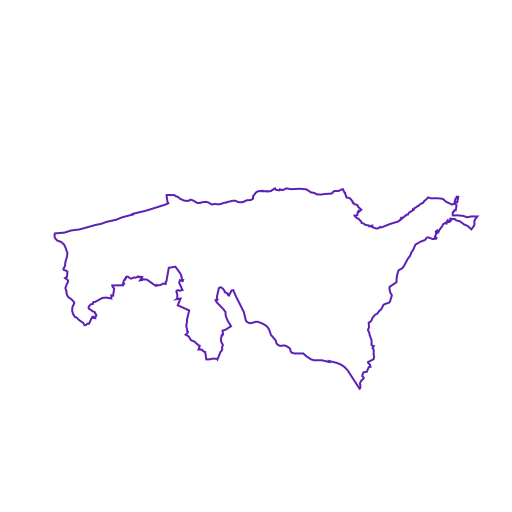 Comanesti, Bacau, Romania, rotated 198°
{"feature_id": "2599482B34680832118241", "entity_name": "Comanesti", "entity_type": "district", "adm_level": 2, "iso_a3": "ROU", "parent_name": "Romania", "parent_adm1": "Bacau", "projection": "orthographic", "projection_center": [26.421, 46.409], "detail": "fine", "context": "isolated", "style": "outline", "palette": "violet", "viewbox_px": 512, "rotation_deg": 198, "n_neighbors": 0, "source": "geoboundaries", "source_scale": "gbopen_adm2", "svg_char_len": 6105}
<svg xmlns="http://www.w3.org/2000/svg" viewBox="0 0 512 512"><g transform="rotate(198 256 256)"><path d="M450.0,209.3L445.8,209.2L442.1,207.6L439.3,204.6L436.2,200.3L435.6,197.4L435.4,191.3L434.6,187.5L435.2,184.1L434.4,183.3L432.2,183.4L430.5,182.8L429.3,177.8L430.8,176.0L427.7,175.0L426.9,174.2L426.9,172.0L427.3,170.8L427.4,166.9L426.8,165.6L425.3,164.0L425.1,162.6L423.5,160.4L421.7,158.8L418.2,157.8L415.1,156.1L414.3,155.1L414.8,150.7L414.0,147.2L412.0,144.2L409.2,142.0L407.6,142.0L404.2,140.3L399.7,139.0L397.7,137.2L396.6,137.6L395.2,139.7L393.9,139.9L393.0,147.3L392.1,147.9L391.7,146.8L389.6,147.2L390.0,149.0L389.4,149.9L389.9,151.0L391.3,151.7L392.0,152.8L394.1,152.9L398.6,154.3L399.3,155.1L399.3,156.5L398.1,159.1L396.4,159.9L396.5,161.8L394.8,162.6L389.1,168.7L385.4,170.2L380.4,170.9L381.5,173.9L379.6,174.1L380.9,181.3L382.6,182.2L383.6,183.6L373.5,187.0L374.0,188.3L372.9,188.9L374.1,190.1L374.0,192.2L373.5,193.9L373.2,194.3L373.0,194.0L372.8,194.7L373.1,196.1L371.6,196.8L368.4,195.8L367.3,196.2L365.3,198.0L364.3,198.0L363.2,198.6L362.0,200.0L361.4,200.2L360.7,199.7L359.8,200.4L357.8,200.8L358.7,197.0L356.6,198.1L356.6,198.9L352.3,199.8L342.2,196.6L341.6,196.9L341.6,197.8L340.5,197.7L338.3,198.6L335.7,201.0L334.5,201.6L333.6,201.3L333.1,201.7L333.8,203.7L333.4,204.3L335.3,217.8L329.3,220.9L322.6,216.0L321.5,214.9L318.8,210.5L317.9,210.6L318.0,209.4L320.9,209.5L320.8,206.8L315.4,200.9L318.1,199.3L319.2,199.5L320.7,198.6L320.8,197.7L318.9,194.9L318.3,193.2L317.8,191.0L318.2,190.4L314.6,192.2L315.2,184.9L302.7,183.6L302.0,174.6L301.3,172.1L300.8,168.3L300.3,167.1L298.8,165.0L298.3,163.4L297.3,163.0L297.3,161.8L298.6,159.4L295.3,158.8L291.9,155.9L287.8,155.5L283.4,153.4L281.8,153.2L281.8,151.1L281.5,151.0L281.8,149.3L278.4,150.2L276.5,149.0L274.7,149.0L271.3,142.3L268.6,143.2L265.5,145.0L261.3,146.2L260.7,145.7L260.1,154.0L259.6,154.7L259.2,156.9L260.2,158.6L259.9,160.7L260.2,161.4L262.5,163.5L263.7,165.9L264.1,170.2L263.4,170.2L263.2,171.5L264.8,174.6L262.2,176.5L258.0,181.5L262.9,185.6L266.3,189.7L267.7,193.2L270.3,195.2L279.2,199.9L280.9,201.6L279.7,202.6L279.3,202.2L279.0,202.6L280.1,203.8L280.6,205.5L281.4,213.8L280.4,215.2L279.2,215.3L277.4,214.7L275.1,213.0L274.6,212.0L271.3,211.6L270.7,210.3L269.5,210.0L268.6,215.6L267.1,216.5L262.2,211.0L250.2,198.9L245.9,191.7L245.1,191.0L242.8,190.2L241.3,190.2L239.8,190.7L235.6,193.5L233.6,194.0L228.8,193.7L225.6,193.0L223.3,192.1L220.7,190.0L217.5,185.7L211.3,181.9L209.3,179.0L207.9,178.3L205.5,177.9L201.6,179.6L199.9,179.8L196.2,179.0L195.0,178.3L193.4,175.9L192.2,175.1L189.3,175.2L180.9,177.9L176.9,176.1L171.6,174.7L168.6,174.8L161.2,177.2L153.5,177.8L154.2,178.7L146.0,179.3L141.9,179.0L137.6,177.8L133.7,175.7L116.5,161.8L116.1,162.3L116.1,162.9L116.8,165.5L117.7,166.4L117.8,167.4L117.2,170.5L116.2,171.7L115.8,172.9L116.0,173.7L117.8,174.5L118.0,175.1L117.8,178.6L114.9,180.1L114.4,185.2L112.9,186.0L113.9,187.7L116.3,189.0L116.7,189.7L112.4,194.1L112.3,195.4L112.7,197.1L113.6,198.4L115.1,203.3L116.7,204.4L116.1,206.7L118.3,206.8L118.9,207.4L119.1,209.0L120.5,212.2L123.6,216.1L124.6,218.0L126.8,220.4L126.4,222.8L128.2,227.5L126.8,228.9L126.1,231.3L126.1,233.1L125.2,235.5L124.6,236.9L122.9,238.6L121.8,241.8L120.4,244.1L119.7,248.8L119.0,249.8L114.9,252.9L114.5,254.0L114.6,260.2L115.1,261.2L116.7,262.3L118.7,265.6L119.4,267.5L119.3,268.1L114.3,274.4L115.1,277.1L115.8,280.6L116.1,285.7L115.4,287.2L113.4,289.1L112.2,292.1L110.8,300.1L109.5,303.8L109.3,307.6L108.4,310.4L107.9,316.1L103.7,320.7L100.5,323.2L99.9,324.0L99.6,325.6L99.0,326.5L97.5,327.0L93.3,326.7L90.0,328.1L90.0,329.1L91.8,329.3L91.5,332.6L92.6,334.9L91.6,336.1L90.7,333.9L90.1,334.4L89.7,335.8L89.9,336.7L88.1,341.9L88.0,343.8L86.3,346.0L84.9,345.7L85.1,348.2L84.7,349.2L83.6,347.8L82.9,348.8L82.3,348.4L81.7,349.8L82.6,350.1L82.6,351.7L80.2,351.9L78.6,352.7L76.9,351.8L72.8,352.0L67.5,350.2L64.1,350.0L59.4,347.9L58.0,352.3L58.1,353.8L59.2,356.6L58.7,359.4L57.7,362.0L63.2,360.3L67.1,358.1L71.3,358.2L76.7,357.0L81.4,355.4L82.0,356.9L82.3,358.6L81.5,359.3L81.5,360.7L80.2,361.2L80.9,366.1L82.7,367.2L82.7,369.1L81.2,369.2L81.9,374.8L83.4,374.4L83.1,373.3L84.0,372.2L83.6,366.9L85.5,365.5L91.9,366.3L96.1,368.1L100.9,367.1L107.2,365.0L110.5,364.9L111.2,363.1L113.2,359.8L113.4,358.4L115.7,356.2L117.1,353.7L117.9,353.3L118.5,352.1L120.3,350.2L120.3,348.8L121.2,348.8L121.0,347.9L123.9,344.4L124.3,342.4L125.9,341.5L126.1,340.7L126.9,339.9L127.4,338.5L128.6,337.7L128.7,336.7L129.7,337.1L129.9,336.1L129.8,334.8L131.0,333.7L131.2,332.9L138.4,327.9L145.1,322.3L146.2,321.7L147.0,322.0L148.2,320.2L150.2,319.2L154.9,319.5L154.6,320.4L154.8,320.9L157.6,319.2L158.2,319.9L161.6,319.4L164.2,320.2L165.8,320.1L166.8,321.3L170.2,323.2L171.5,323.1L174.7,324.7L174.8,325.0L174.0,325.1L172.3,326.2L172.8,329.1L172.4,330.5L171.8,329.8L170.1,332.6L174.1,334.3L175.2,335.7L179.3,335.9L179.8,336.7L180.5,336.6L180.8,337.5L184.0,339.7L186.0,340.0L187.5,339.5L188.2,339.9L189.0,340.7L189.1,341.4L190.8,343.0L190.8,343.7L192.1,344.2L193.8,346.4L194.7,346.1L197.4,343.5L201.2,342.1L202.4,341.1L203.1,338.9L211.4,335.5L212.5,334.7L217.3,333.4L219.9,334.0L223.5,333.5L228.5,334.9L230.0,334.7L235.7,333.3L243.4,330.3L247.8,329.8L251.0,326.9L253.9,326.8L253.8,325.8L254.7,325.5L257.3,325.1L258.8,326.2L259.6,325.6L260.0,324.4L260.8,324.0L261.8,322.4L264.1,321.3L265.6,321.1L265.7,320.6L267.5,320.5L268.6,319.9L269.8,320.2L270.2,320.0L270.1,319.5L273.0,318.8L274.8,317.5L275.6,316.5L277.3,311.7L276.5,309.7L278.2,307.6L282.1,306.1L284.9,303.4L287.7,302.1L289.7,301.8L292.6,302.2L295.3,301.3L300.4,298.2L301.0,297.4L302.4,297.0L305.9,294.4L308.0,293.4L311.0,292.9L313.9,291.3L318.2,292.2L320.0,292.1L323.3,290.8L325.4,289.3L328.1,288.3L332.8,289.3L335.5,289.4L336.0,289.2L336.7,288.0L339.4,286.8L341.9,286.5L345.9,287.0L348.8,288.2L350.4,288.0L352.4,288.7L359.7,286.5L359.9,286.1L356.8,279.9L355.7,279.1L358.0,276.9L374.5,265.2L386.4,257.9L385.9,257.4L394.9,251.7L400.2,247.3L408.8,242.2L413.1,238.8L418.1,236.0L432.1,226.7L439.6,223.2L445.3,219.1L454.3,215.3L454.0,213.3L453.0,211.2L450.0,209.3Z" fill="none" stroke="#5b21b6" stroke-width="2"/></g></svg>